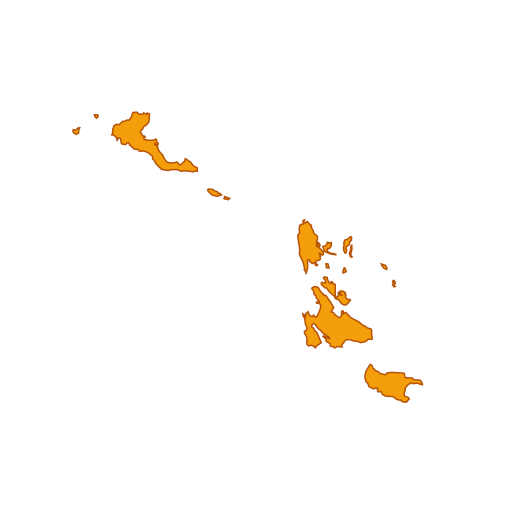 outline of Ionion Nison, Ionioi Nisoi, Greece, rotated 336°
{"feature_id": "26713481B82557054028644", "entity_name": "Ionion Nison", "entity_type": "district", "adm_level": 2, "iso_a3": "GRC", "parent_name": "Greece", "parent_adm1": "Ionioi Nisoi", "projection": "orthographic", "projection_center": [20.46, 38.773], "detail": "fine", "context": "isolated", "style": "filled", "palette": "amber", "viewbox_px": 512, "rotation_deg": 336, "n_neighbors": 0, "source": "geoboundaries", "source_scale": "gbopen_adm2", "svg_char_len": 6131}
<svg xmlns="http://www.w3.org/2000/svg" viewBox="0 0 512 512"><g transform="rotate(336 256 256)"><path d="M297.4,307.8L294.4,307.8L293.7,308.6L294.4,310.8L293.5,314.9L294.6,316.3L294.0,318.6L295.3,322.9L294.9,324.0L293.9,324.5L293.7,323.0L292.4,322.7L292.3,323.9L294.6,325.1L295.2,327.1L293.0,330.8L287.3,335.9L285.6,336.2L284.5,333.4L282.8,334.1L281.4,333.0L280.9,331.8L280.8,328.0L278.2,328.9L276.4,331.7L276.1,329.3L275.3,327.9L274.8,329.4L275.1,332.8L273.3,339.0L273.5,342.3L272.2,344.1L269.5,344.7L268.9,346.4L269.4,351.1L266.7,357.0L267.0,358.9L267.7,359.7L269.7,359.8L271.8,361.3L272.6,363.8L273.3,364.1L273.9,362.9L280.4,361.8L280.5,350.8L279.1,347.8L279.3,345.3L278.0,343.6L279.1,341.5L281.1,341.2L281.9,341.5L283.3,347.4L285.0,350.8L286.0,354.4L287.4,355.6L288.6,358.6L290.1,360.6L289.6,361.3L288.8,361.2L285.7,356.4L284.4,356.9L286.1,360.2L285.3,362.2L288.1,366.4L287.2,368.4L289.8,370.6L290.6,372.0L293.2,371.7L297.8,374.2L297.8,372.5L299.1,371.6L300.8,371.0L302.3,369.6L304.8,369.4L307.8,370.6L310.2,373.0L314.4,375.6L316.3,377.7L321.4,378.8L324.7,377.6L328.0,379.3L329.1,377.8L329.5,375.1L331.4,370.9L331.2,369.2L328.4,367.0L327.0,364.2L325.3,362.7L323.2,358.1L317.5,350.9L315.2,344.3L314.6,343.9L312.2,344.5L313.2,342.0L312.9,341.3L312.3,341.1L311.1,342.0L311.0,343.4L308.8,346.0L306.8,346.1L304.4,342.1L303.6,339.1L301.9,337.6L306.0,334.8L305.4,328.9L303.7,320.2L301.8,319.6L302.0,318.3L300.7,315.4L300.0,310.0L297.4,307.8ZM205.8,76.2L201.9,74.8L198.6,78.4L195.1,80.3L193.3,79.3L190.1,79.4L189.0,78.7L184.5,80.3L181.6,78.8L179.5,79.3L176.8,81.8L174.5,86.3L172.9,86.7L174.6,87.1L176.2,89.5L176.6,92.1L176.1,93.9L176.6,93.9L177.6,91.9L180.0,93.4L178.8,98.4L179.4,99.4L182.3,101.2L184.2,100.3L185.8,100.9L185.7,103.1L188.4,109.0L191.9,111.0L192.1,112.9L196.2,114.4L199.3,117.5L202.0,122.6L201.0,125.3L202.0,127.6L202.1,131.1L205.0,138.5L210.8,142.3L213.1,142.4L219.0,144.9L222.1,148.1L226.2,149.4L233.3,153.8L235.1,153.6L236.8,154.7L238.2,151.4L236.1,149.2L235.1,147.0L234.7,144.0L231.1,138.3L229.3,140.3L224.3,142.1L223.3,141.4L222.2,138.0L217.8,137.3L213.4,134.7L212.6,133.1L211.8,129.7L211.8,125.7L210.5,122.3L210.0,118.9L210.7,115.6L208.9,113.3L209.5,111.9L210.1,112.4L210.6,114.8L212.4,113.9L212.3,112.1L211.7,111.2L212.5,109.2L212.2,108.5L209.0,108.4L204.3,106.3L202.8,104.8L202.3,105.1L201.1,103.0L201.6,102.3L203.2,102.2L203.0,101.2L201.2,100.0L201.3,97.5L200.6,96.7L201.6,94.6L203.6,94.2L206.3,92.1L208.9,91.8L212.8,89.9L216.5,82.9L214.7,81.1L213.9,82.2L212.9,81.5L211.6,79.5L210.2,80.6L207.2,79.0L206.3,78.0L205.8,76.2ZM326.2,417.2L321.7,413.9L320.2,410.6L319.3,410.3L318.3,409.0L318.2,407.7L317.2,406.3L317.4,403.4L316.7,401.7L316.0,401.5L309.5,406.1L306.5,410.2L305.6,413.9L305.5,416.1L306.4,417.9L306.0,420.8L306.4,421.8L309.0,424.9L313.1,425.9L313.4,427.1L312.2,428.0L312.3,429.8L315.1,430.7L315.2,434.0L317.6,436.9L323.8,440.0L326.1,444.0L328.2,445.9L329.6,446.4L330.0,448.0L331.7,449.6L334.1,450.7L337.8,448.9L337.5,447.0L334.6,444.3L335.3,441.8L337.5,439.6L338.5,437.5L342.1,435.5L346.1,435.0L347.4,436.4L351.8,437.9L353.8,439.9L355.5,440.4L354.9,441.7L356.1,440.8L355.7,436.7L355.1,436.0L350.1,433.5L348.8,430.8L343.2,428.1L342.9,427.4L343.6,423.2L333.0,417.7L328.3,416.1L326.2,417.2ZM313.3,245.6L313.2,244.4L315.0,242.8L313.6,242.6L311.9,246.0L309.5,245.4L308.3,246.0L306.4,249.0L305.2,252.7L302.8,253.9L301.9,255.8L298.6,267.9L296.3,272.1L296.5,281.2L295.3,287.3L294.4,288.3L295.2,291.0L294.3,292.8L298.3,288.0L301.5,280.6L303.1,281.2L303.0,283.2L304.4,285.8L306.6,285.7L306.5,288.2L307.6,289.7L308.7,289.2L307.8,287.7L307.8,286.6L309.2,284.8L311.9,285.6L313.6,285.0L314.1,282.9L314.9,282.5L314.9,279.3L315.7,279.5L316.6,281.8L317.6,282.3L318.6,281.5L318.8,278.8L317.1,274.0L318.9,272.3L318.7,269.6L317.8,268.2L317.5,267.9L316.8,269.1L317.2,271.1L316.6,272.5L315.9,272.7L315.3,272.1L315.6,270.3L316.5,269.5L317.0,267.6L319.5,264.8L319.9,263.6L319.9,261.9L318.5,260.0L318.0,258.1L318.6,256.7L318.2,252.6L319.1,250.4L318.4,249.8L316.8,245.3L313.3,245.6ZM311.9,310.3L311.8,306.5L312.3,304.6L310.1,303.0L309.1,303.0L308.7,304.3L309.4,305.3L309.3,307.1L308.5,308.9L305.4,306.8L304.7,307.1L304.2,308.6L306.0,313.1L307.8,314.3L307.9,316.6L308.9,319.8L311.3,324.7L311.2,327.1L312.4,328.7L313.8,329.4L314.8,334.4L316.5,336.6L319.0,337.3L324.4,334.7L324.1,333.9L321.7,332.8L321.2,330.3L321.4,329.3L322.3,328.4L321.3,326.9L322.8,325.8L320.5,323.0L318.0,322.0L319.0,323.0L318.2,323.9L316.6,322.7L316.0,323.2L316.0,323.9L318.1,325.6L318.3,326.6L316.4,325.1L315.1,325.3L313.5,326.7L312.3,326.3L312.4,324.0L316.8,314.3L314.7,312.1L315.4,311.4L314.9,310.5L314.2,310.1L314.1,311.1L313.3,311.3L311.9,310.3ZM350.0,276.8L347.0,277.8L343.8,277.6L342.0,279.0L340.5,282.6L339.4,283.8L338.4,286.7L338.6,289.7L339.7,289.5L340.6,288.4L341.6,286.5L341.2,285.5L342.1,284.5L346.3,283.3L347.2,281.4L349.6,280.3L350.9,278.1L350.7,277.1L350.0,276.8ZM326.6,272.5L325.7,274.1L323.0,275.0L321.0,274.4L320.3,279.6L325.2,284.7L330.0,287.7L328.2,285.5L325.0,283.7L323.2,280.8L323.4,279.5L324.5,278.1L325.5,279.0L327.2,278.5L328.9,277.3L330.0,275.3L330.2,274.3L328.1,274.3L328.1,273.3L326.6,272.5ZM249.3,186.2L248.6,184.1L246.7,183.1L246.8,181.5L244.8,179.9L243.7,177.7L240.1,175.5L238.6,175.9L238.7,177.8L240.8,182.5L244.8,185.6L249.3,186.2ZM142.4,67.7L140.4,66.2L139.4,67.8L139.7,69.9L141.3,71.8L144.1,71.4L145.4,68.6L147.1,67.2L145.7,66.6L142.4,67.7ZM343.4,295.9L342.9,293.9L344.2,291.5L346.3,289.1L347.8,285.2L347.0,285.3L344.2,289.8L342.3,291.6L342.0,294.9L342.4,295.9L343.4,295.9ZM370.4,316.9L369.3,316.4L367.3,314.2L367.1,316.1L367.8,319.0L369.9,321.5L370.7,320.5L370.4,316.9ZM328.7,307.0L332.1,307.0L332.4,303.8L331.9,302.7L331.4,302.8L328.8,306.0L328.7,307.0ZM317.9,296.6L318.5,292.6L317.7,291.7L316.6,291.7L315.6,295.4L317.9,296.6ZM371.6,334.8L371.4,334.2L370.5,334.7L370.2,335.9L370.8,337.1L369.0,337.8L369.6,340.4L370.8,340.4L370.0,338.7L370.6,338.0L371.6,338.1L372.6,336.7L372.2,334.7L371.6,334.8ZM253.2,193.2L255.4,192.7L251.5,188.9L250.1,190.5L250.6,191.3L252.8,192.4L253.2,193.2ZM166.3,65.3L168.4,64.5L168.9,63.8L168.7,62.6L165.9,61.3L165.5,62.9L166.3,65.3Z" fill="#f59e0b" stroke="#b45309" stroke-width="1.5"/></g></svg>